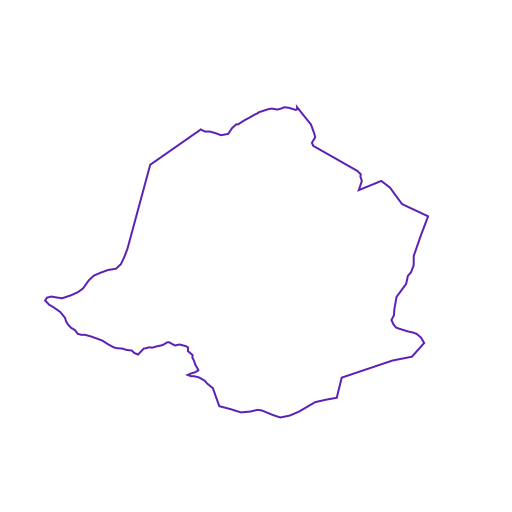 outline of Tanetze de Zaragoza, Oaxaca, Mexico, rotated 108°
{"feature_id": "50627088B89578297577664", "entity_name": "Tanetze de Zaragoza", "entity_type": "district", "adm_level": 2, "iso_a3": "MEX", "parent_name": "Mexico", "parent_adm1": "Oaxaca", "projection": "albers", "projection_center": [-96.29, 17.383], "detail": "fine", "context": "isolated", "style": "outline", "palette": "violet", "viewbox_px": 512, "rotation_deg": 108, "n_neighbors": 0, "source": "geoboundaries", "source_scale": "gbopen_adm2", "svg_char_len": 1945}
<svg xmlns="http://www.w3.org/2000/svg" viewBox="0 0 512 512"><g transform="rotate(108 256 256)"><path d="M410.2,244.5L409.5,233.1L409.4,222.1L405.7,213.3L402.0,207.3L401.1,203.0L402.0,190.9L402.1,183.1L397.4,174.7L390.8,167.1L376.7,154.6L370.9,144.8L365.9,135.4L345.2,136.9L313.3,94.0L313.2,93.8L303.6,76.6L286.8,69.2L282.7,73.7L280.4,79.2L280.3,83.2L280.8,88.2L280.9,97.3L280.8,100.6L278.6,104.1L275.0,107.4L269.8,106.5L264.3,107.9L251.6,109.7L244.6,107.4L236.0,104.6L228.1,105.4L223.4,103.5L216.0,103.2L207.2,106.0L186.6,105.6L165.1,104.6L161.5,133.2L149.5,149.8L145.9,160.1L161.6,178.6L152.0,178.5L148.1,181.3L145.9,181.6L143.8,185.8L133.6,235.5L131.1,237.8L124.8,236.4L122.0,238.1L114.0,244.3L101.8,262.9L103.7,262.1L104.8,263.5L104.9,270.8L105.8,275.0L108.1,277.8L110.1,280.9L110.9,286.4L112.4,289.4L118.3,297.6L120.1,298.9L121.9,300.9L125.7,304.3L130.4,308.8L133.6,311.5L136.4,313.7L136.8,315.4L141.8,318.3L148.5,320.2L151.9,326.6L151.9,326.9L151.7,332.6L151.9,338.5L153.4,342.8L152.8,347.4L152.7,347.6L201.9,384.8L288.8,380.5L297.2,380.9L305.4,381.9L311.3,385.2L315.1,392.5L319.9,398.6L324.7,404.1L330.8,407.5L340.4,410.5L345.5,414.3L350.3,419.5L356.2,427.5L357.1,433.2L357.8,438.1L360.2,441.9L363.5,442.8L365.1,439.7L366.3,437.7L366.9,434.4L368.7,428.1L369.8,424.7L373.8,418.6L376.8,416.4L379.1,413.9L381.4,409.8L382.4,405.4L385.1,401.5L384.9,397.4L384.2,395.7L383.8,394.0L383.5,388.1L383.9,376.2L385.7,369.2L386.8,363.4L386.8,360.5L385.3,354.1L385.4,350.5L384.3,344.8L385.8,342.0L386.2,337.7L378.8,334.2L377.5,331.8L375.9,329.5L375.2,326.3L372.5,322.3L371.6,320.7L369.5,317.2L365.5,313.7L364.9,312.1L365.7,308.1L366.1,305.3L363.8,301.4L363.4,294.8L363.9,292.5L367.5,291.3L369.8,285.7L372.5,285.0L374.3,283.0L378.6,279.7L380.7,277.2L382.5,275.5L382.9,275.7L385.4,278.0L387.9,281.6L390.2,284.2L390.4,280.7L389.4,277.4L389.1,272.8L390.4,266.3L392.5,262.8L395.0,256.2L410.2,244.5Z" fill="none" stroke="#5b21b6" stroke-width="2"/></g></svg>